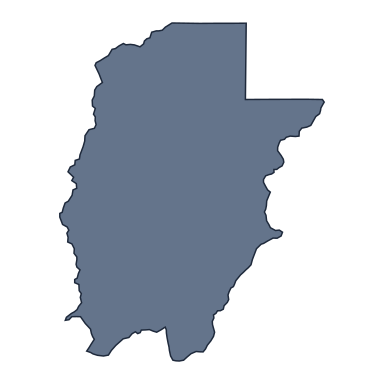 the district of Novo Horizonte do Oeste, Rondônia, Brazil
{"feature_id": "56859067B86111440649548", "entity_name": "Novo Horizonte do Oeste", "entity_type": "district", "adm_level": 2, "iso_a3": "BRA", "parent_name": "Brazil", "parent_adm1": "Rondônia", "projection": "albers", "projection_center": [-62.087, -11.689], "detail": "fine", "context": "isolated", "style": "filled", "palette": "slate", "viewbox_px": 384, "rotation_deg": 0, "n_neighbors": 0, "source": "geoboundaries", "source_scale": "gbopen_adm2", "svg_char_len": 2761}
<svg xmlns="http://www.w3.org/2000/svg" viewBox="0 0 384 384"><path d="M203.1,351.9L205.5,349.0L207.3,345.3L210.8,340.9L213.5,336.4L214.6,332.2L212.5,324.6L212.3,321.4L213.9,318.0L213.5,314.9L215.9,313.4L217.5,310.8L220.4,310.7L223.3,309.2L224.1,305.7L227.3,302.4L228.7,299.5L228.0,295.0L229.1,291.8L230.9,288.0L233.4,286.6L234.5,284.2L235.8,280.7L238.9,276.9L240.5,274.9L243.4,272.3L245.9,269.8L248.2,267.8L251.0,264.8L252.4,259.5L256.5,248.7L261.1,244.2L263.6,243.4L267.8,240.9L273.0,238.1L277.2,238.2L281.1,236.0L282.5,232.2L279.3,230.1L275.5,230.5L270.4,227.7L268.9,224.6L266.6,220.8L266.0,215.3L264.4,212.0L265.7,209.2L266.4,205.7L266.7,200.9L270.3,192.1L267.6,189.9L265.3,185.8L263.5,182.3L263.5,179.5L265.7,175.8L269.0,174.6L271.6,174.0L274.0,172.4L273.9,169.5L276.8,169.4L278.9,167.7L282.1,165.9L283.8,162.2L283.3,159.2L281.1,155.5L277.6,150.7L277.7,147.2L279.1,143.2L280.5,140.3L284.5,139.3L286.2,137.3L290.2,136.1L295.4,136.5L299.0,136.1L299.3,131.3L301.8,128.1L306.9,127.1L310.8,125.4L313.6,120.4L315.8,116.5L319.6,113.7L320.5,110.6L320.9,108.0L322.7,104.7L324.2,102.1L322.4,99.5L307.9,99.3L296.8,99.3L263.5,99.4L245.4,99.5L246.2,23.2L232.1,23.3L215.8,23.3L199.8,23.4L172.0,23.0L165.4,27.1L162.3,30.2L158.7,30.9L156.2,30.9L151.7,32.2L149.9,37.8L146.8,38.8L144.4,41.0L143.6,43.9L140.0,46.8L134.4,44.9L130.4,44.4L125.9,44.8L123.4,43.5L119.0,45.9L115.4,48.6L112.1,49.3L108.4,55.6L104.5,57.9L99.9,60.8L96.2,62.7L95.0,65.4L99.1,74.0L100.7,78.2L102.4,82.5L96.8,86.6L94.7,90.1L94.3,96.0L92.2,100.1L92.5,106.0L95.3,108.4L93.5,114.2L95.3,116.9L95.1,120.7L96.1,124.6L94.4,128.3L89.0,129.7L85.0,135.7L84.7,141.1L83.1,146.7L80.0,154.9L79.4,159.0L75.2,160.4L74.8,164.8L70.3,167.0L68.0,171.8L73.6,177.2L71.8,180.6L76.3,183.6L76.7,188.3L73.0,189.9L72.1,195.3L68.3,201.2L65.1,203.0L63.3,208.0L62.2,212.3L59.8,213.4L59.8,217.1L62.6,224.5L67.2,227.0L68.8,230.2L66.9,233.2L68.1,237.4L67.7,242.0L71.9,243.9L74.3,248.7L74.0,253.3L76.8,256.9L76.9,259.4L76.1,264.3L76.9,267.1L80.0,269.9L78.4,273.5L77.2,278.1L74.7,279.5L74.7,282.7L78.9,284.5L79.2,290.7L81.3,293.6L80.3,297.4L81.6,302.7L78.7,306.3L77.1,309.6L74.4,311.8L71.3,313.5L66.4,317.3L65.3,320.3L69.0,319.7L71.8,316.7L76.5,316.6L80.5,316.7L85.3,323.5L90.5,329.1L91.4,333.4L92.7,336.7L94.3,339.3L91.2,344.1L89.2,347.4L86.7,351.1L90.7,352.5L93.0,353.9L97.5,355.3L103.5,356.0L108.4,355.1L111.4,350.4L115.8,345.4L123.2,338.8L128.9,337.5L132.1,333.7L135.4,331.8L137.7,333.6L140.2,332.6L141.3,330.1L145.6,329.9L149.5,329.6L153.1,331.1L156.7,332.2L160.9,329.9L165.2,327.1L166.3,329.8L166.4,333.0L167.1,337.8L168.1,343.1L169.0,347.0L169.4,350.4L170.6,356.0L172.9,360.2L175.8,360.8L179.3,361.0L183.6,360.2L187.1,357.0L191.0,353.7L196.1,351.5L199.5,351.8L203.1,351.9Z" fill="#64748b" stroke="#1e293b" stroke-width="1.5"/></svg>